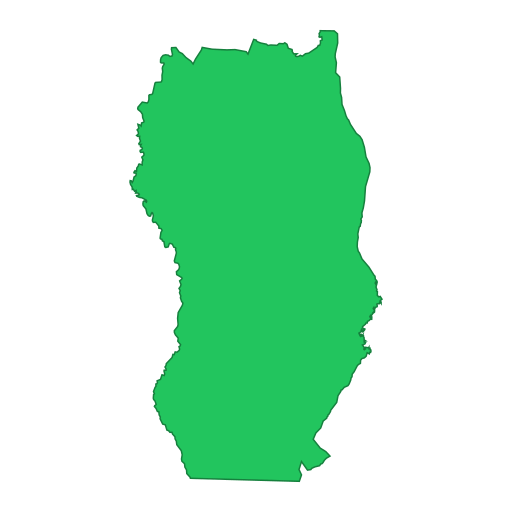 outline of Kibombo, Maniema, Democratic Republic of the Congo
{"feature_id": "63176286B11141066261470", "entity_name": "Kibombo", "entity_type": "district", "adm_level": 2, "iso_a3": "COD", "parent_name": "Democratic Republic of the Congo", "parent_adm1": "Maniema", "projection": "equal_earth", "projection_center": [25.538, -4.082], "detail": "fine", "context": "isolated", "style": "filled", "palette": "green", "viewbox_px": 512, "rotation_deg": 0, "n_neighbors": 0, "source": "geoboundaries", "source_scale": "gbopen_adm2", "svg_char_len": 6038}
<svg xmlns="http://www.w3.org/2000/svg" viewBox="0 0 512 512"><path d="M171.6,47.7L171.4,49.2L172.5,54.5L171.9,56.1L169.8,56.4L168.4,55.2L165.5,54.8L163.1,55.4L161.2,57.6L160.6,59.5L160.5,62.2L161.2,62.9L163.8,63.0L164.2,64.1L162.7,66.6L162.3,68.2L162.7,71.7L162.0,75.2L162.1,79.6L161.5,81.5L160.8,82.1L155.7,82.4L155.0,83.1L152.7,93.4L151.9,94.4L149.4,94.8L148.9,95.4L148.9,99.5L148.3,101.8L147.2,103.0L142.3,102.1L138.0,107.1L137.7,108.7L138.1,109.6L140.7,111.7L142.4,114.2L142.7,117.7L144.1,121.2L143.7,122.2L141.6,122.9L141.1,126.0L140.4,125.2L137.9,124.3L138.8,128.2L137.1,129.9L138.1,131.4L138.5,133.9L136.6,135.5L137.8,136.4L139.7,136.3L139.5,138.3L140.5,141.1L138.8,143.7L139.2,144.6L141.2,144.4L140.5,145.7L140.5,146.7L142.1,147.5L142.3,148.6L141.9,149.5L140.2,150.3L140.1,151.5L140.7,152.4L143.4,152.2L144.0,154.0L143.8,155.4L141.8,157.1L142.9,159.9L142.2,162.0L142.2,164.9L139.3,164.0L138.7,164.3L138.3,166.0L136.8,168.0L136.5,171.4L135.0,170.7L133.9,172.3L134.1,173.0L136.0,173.2L136.3,173.8L135.8,175.8L134.1,176.9L133.1,180.9L132.2,182.5L131.4,180.9L130.2,180.6L130.0,182.1L130.6,184.6L132.1,186.8L132.3,189.5L133.3,189.2L134.6,191.3L136.1,190.4L136.3,191.3L135.6,193.1L137.8,193.0L139.3,194.3L138.9,195.1L136.5,195.6L136.7,196.2L139.4,197.4L142.0,197.8L146.3,200.2L146.7,201.3L146.4,202.2L144.9,201.1L144.1,200.9L143.2,201.7L142.9,203.9L143.2,205.6L145.9,208.9L147.0,213.7L148.2,215.5L149.4,216.2L150.6,216.0L151.4,213.3L152.0,212.6L152.6,213.0L153.4,215.8L152.4,219.9L152.5,221.1L153.3,222.4L155.7,222.2L158.8,226.0L158.9,228.2L161.1,228.6L162.1,230.3L160.9,232.5L160.1,238.2L160.5,238.9L161.9,239.3L162.4,240.9L163.9,241.6L164.8,246.8L165.8,247.5L168.2,246.9L169.2,243.9L169.9,243.3L172.3,244.1L173.9,247.3L175.5,247.7L175.8,248.4L175.5,249.7L176.3,251.9L176.3,253.3L174.3,260.9L175.0,262.6L177.8,263.2L178.8,264.2L179.5,266.7L179.2,268.5L178.4,269.9L176.4,271.7L176.7,274.6L181.6,277.5L182.1,278.3L181.6,279.3L179.6,280.9L181.0,284.5L180.5,286.4L179.0,288.4L180.2,290.6L179.5,292.7L180.8,296.0L180.4,297.8L181.6,301.3L182.9,303.1L182.4,305.2L178.2,312.6L177.6,318.3L178.1,324.3L177.7,326.4L174.3,330.7L174.4,332.5L175.4,334.8L178.2,338.1L177.8,341.2L180.6,344.7L180.1,346.0L179.0,346.6L179.6,349.1L179.2,350.4L177.0,352.2L175.2,351.9L174.2,354.6L172.9,354.4L172.1,357.5L166.3,363.6L166.0,365.6L165.0,367.0L166.1,369.0L166.0,370.3L164.2,370.2L164.0,371.0L164.7,373.9L164.2,375.5L162.0,374.8L160.5,379.4L157.1,380.8L157.4,382.6L157.0,383.7L155.9,384.0L155.9,386.5L155.1,387.3L153.5,391.6L154.4,393.8L153.6,394.5L153.3,398.2L153.6,399.4L155.1,401.2L156.2,404.5L154.7,405.7L154.4,406.5L156.1,408.5L157.4,411.5L158.8,411.7L159.2,415.0L160.3,416.9L160.1,418.8L162.7,424.1L165.3,424.8L166.9,430.1L168.6,430.7L169.9,432.3L172.0,432.3L172.5,434.0L174.9,436.7L175.1,438.9L176.3,441.1L176.8,444.7L181.3,450.7L182.2,454.8L181.5,459.0L181.9,461.2L184.5,463.7L184.9,467.1L186.5,469.9L186.8,473.6L190.3,477.5L190.4,478.3L299.3,481.3L301.5,474.9L299.0,469.5L301.5,461.6L307.5,470.1L310.8,469.6L311.8,468.3L314.8,466.9L319.6,465.7L320.7,464.0L321.9,463.7L322.9,462.7L324.5,460.1L326.4,458.2L330.0,456.1L325.8,451.6L320.2,448.1L313.2,439.3L315.9,432.9L320.7,428.0L323.2,421.0L326.7,418.2L326.9,417.1L327.8,416.2L328.0,414.9L328.8,414.4L330.5,411.5L330.6,410.4L336.7,402.4L338.0,395.7L340.8,391.4L341.0,390.1L342.1,389.8L344.2,387.3L347.9,385.7L349.1,384.0L350.7,380.1L351.1,377.9L352.0,376.8L352.2,374.2L354.1,371.8L357.1,366.0L358.4,364.5L360.4,363.4L360.6,360.1L362.0,358.5L364.3,357.9L366.1,356.3L367.2,352.7L369.3,353.9L369.7,352.3L370.6,352.4L371.0,351.1L370.7,349.8L370.2,349.8L370.0,348.5L369.5,348.6L369.8,348.1L368.9,347.9L368.9,347.3L368.6,347.8L365.5,347.3L364.8,348.7L365.3,349.0L364.4,349.7L363.9,349.4L364.2,347.4L362.4,345.0L364.9,343.9L365.6,342.4L364.2,342.1L364.2,340.7L365.4,340.7L364.2,339.9L364.0,337.4L363.1,335.9L363.4,335.6L363.0,335.1L362.7,335.5L362.9,334.7L362.2,335.4L361.8,335.0L361.9,336.1L360.9,336.4L361.0,335.4L360.4,335.6L360.3,334.4L359.7,333.9L359.5,334.5L358.9,333.1L360.8,331.9L361.4,329.9L361.9,331.6L362.9,332.0L364.8,329.6L364.8,328.9L364.0,328.8L363.1,330.1L362.6,326.6L365.5,324.1L365.9,323.1L367.3,322.9L367.4,321.4L369.1,320.6L370.2,319.3L371.7,319.3L371.8,317.3L370.7,317.8L369.8,316.8L370.5,315.4L371.2,316.1L372.0,314.5L372.7,313.9L373.0,314.3L372.5,313.6L372.9,312.7L373.9,311.9L374.0,312.5L374.4,312.2L374.1,311.3L374.6,311.2L374.6,309.9L373.7,309.4L373.2,308.6L373.4,308.1L373.8,307.5L374.1,309.1L374.6,309.1L375.5,307.3L377.1,306.7L377.3,305.9L376.8,304.2L377.2,303.8L379.4,303.7L379.9,303.0L379.7,302.7L380.6,302.4L381.1,303.2L381.1,302.0L380.4,301.2L380.0,301.5L380.1,300.8L382.0,299.2L380.2,296.4L378.9,296.9L377.3,295.4L377.4,291.6L376.5,291.0L377.0,289.7L376.0,287.1L376.4,285.4L375.2,283.1L375.6,282.0L376.0,282.1L376.9,283.4L377.2,282.0L376.6,280.5L375.3,279.2L375.0,276.2L374.0,275.2L368.9,267.1L362.0,259.0L359.5,253.0L358.2,251.2L357.2,246.6L357.4,242.0L358.2,237.5L357.8,233.9L359.0,228.1L359.3,226.9L360.2,226.3L360.6,223.5L361.2,222.7L361.4,220.3L360.8,219.1L362.2,216.9L361.9,212.9L363.3,207.9L364.5,200.9L365.5,186.6L369.8,171.9L370.0,167.7L369.1,163.5L366.0,156.9L364.4,147.3L362.1,139.7L359.9,136.3L356.3,133.4L350.4,124.3L348.6,120.0L347.4,118.8L346.0,115.8L344.5,110.7L342.0,104.4L341.6,97.5L340.4,93.0L340.5,88.4L339.7,77.0L335.6,72.7L336.4,62.8L335.1,56.9L335.3,53.6L337.7,43.0L337.5,33.8L334.2,30.9L320.2,30.7L320.2,32.0L319.1,33.5L319.4,35.3L319.0,36.8L319.9,37.3L321.7,36.7L322.2,39.9L320.3,40.8L320.5,43.1L319.7,45.4L318.3,45.4L317.2,47.4L308.8,53.1L305.5,53.7L302.3,56.2L300.3,55.3L298.7,56.3L296.8,56.6L295.6,56.2L295.4,55.2L297.0,53.8L293.6,53.8L292.1,51.3L292.3,50.4L292.0,49.5L288.3,48.3L287.0,44.3L284.8,42.8L283.4,43.7L279.2,43.5L277.1,45.3L270.7,45.0L267.8,45.5L266.5,44.2L260.6,43.0L257.2,41.6L256.4,41.0L256.4,40.2L253.7,39.4L248.0,54.1L246.2,51.7L235.0,49.6L227.0,49.9L212.0,49.2L202.2,47.4L201.4,50.0L195.5,59.1L193.1,64.0L190.8,61.1L185.8,57.4L182.3,53.6L179.1,52.0L175.9,47.5L171.6,47.7Z" fill="#22c55e" stroke="#15803d" stroke-width="1.5"/></svg>